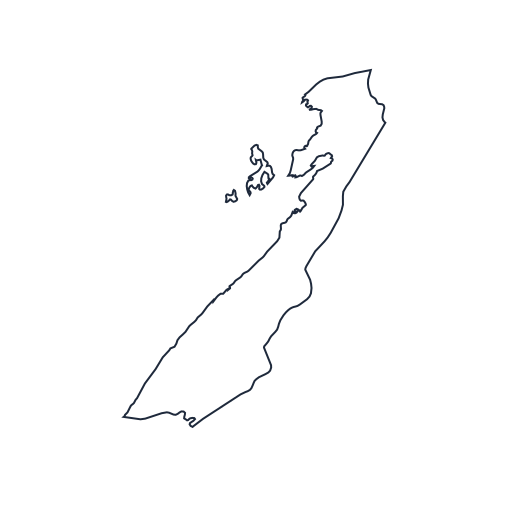 SVG path tracing the border of Semenawi Keyih Bahri, rotated 235°
{"feature_id": "ERI-1562", "entity_name": "Semenawi Keyih Bahri", "entity_type": "Region", "adm_level": 1, "iso_a3": "ERI", "parent_name": "Eritrea", "parent_adm1": "", "projection": "equal_earth", "projection_center": [39.644, 16.17], "detail": "fine", "context": "isolated", "style": "outline", "palette": "slate", "viewbox_px": 512, "rotation_deg": 235, "n_neighbors": 0, "source": "natural_earth", "source_scale": "10m", "svg_char_len": 6149}
<svg xmlns="http://www.w3.org/2000/svg" viewBox="0 0 512 512"><g transform="rotate(235 256 256)"><path d="M168.2,107.9L170.1,107.5L171.5,105.7L171.7,103.6L171.6,101.3L172.0,99.1L173.4,97.5L177.5,94.9L179.1,93.3L181.3,88.6L186.3,72.0L188.5,67.7L200.1,55.3L200.2,56.5L201.0,57.6L201.6,61.0L205.0,67.3L205.3,68.4L205.4,70.6L205.6,71.7L207.0,74.4L207.3,75.0L207.7,76.9L215.3,91.9L220.9,108.8L226.5,121.5L228.5,130.8L229.4,132.9L228.4,137.2L229.9,140.5L232.1,143.4L233.2,146.8L233.7,151.0L234.3,154.7L236.8,161.1L237.1,163.2L237.4,167.6L237.8,169.9L239.1,173.0L239.5,177.5L239.9,179.3L242.6,187.2L244.3,195.7L243.2,195.0L244.8,199.9L245.3,202.3L245.4,205.4L243.9,207.5L245.2,212.5L244.9,215.3L244.3,214.5L244.4,216.2L245.2,216.7L246.1,216.7L246.5,217.1L246.4,220.9L246.5,221.9L247.5,224.7L247.6,226.0L247.5,230.4L247.6,231.7L247.9,232.8L248.6,234.5L248.8,235.8L248.7,237.2L248.2,239.9L248.2,241.4L250.7,255.7L251.0,260.6L251.3,262.2L253.2,267.7L256.0,281.9L257.6,285.7L262.5,289.6L263.2,291.3L263.9,292.0L266.8,293.8L267.6,294.7L267.7,296.1L267.3,297.3L266.8,298.4L266.5,299.6L266.8,300.8L267.9,302.5L268.2,303.3L268.3,306.2L268.8,308.0L271.0,311.2L269.6,311.4L268.6,312.5L268.3,314.0L268.8,315.8L269.1,314.8L269.8,313.7L270.7,313.2L271.5,314.2L271.4,316.3L269.8,317.3L268.0,317.6L267.1,317.6L267.3,318.6L268.8,321.7L269.1,325.4L269.3,326.2L270.5,326.7L272.4,326.9L274.1,326.7L274.9,325.8L275.5,324.5L277.0,324.2L278.6,324.7L279.9,325.4L281.8,328.9L286.1,346.8L286.4,347.2L288.0,348.0L288.3,348.4L288.5,350.3L289.0,352.1L289.7,353.6L290.6,354.7L289.3,360.7L288.9,370.1L289.1,370.6L289.9,371.3L290.1,371.7L290.3,373.4L291.1,374.2L292.2,374.3L293.3,373.5L294.1,375.6L295.1,375.9L296.4,375.4L298.1,375.0L298.7,374.5L299.2,373.2L299.4,371.8L299.2,370.9L298.8,369.9L299.1,369.2L300.1,368.3L301.7,364.7L301.9,362.5L300.2,358.8L299.3,354.4L298.7,352.8L297.6,352.8L296.9,354.5L296.4,355.4L295.7,353.2L295.5,351.0L295.7,345.4L295.6,344.2L295.1,342.1L295.1,340.9L295.2,339.5L295.7,339.1L296.2,338.9L296.7,338.2L297.3,334.5L297.8,333.4L299.0,334.5L299.5,334.5L299.6,333.6L300.1,331.5L300.6,331.5L300.6,332.9L301.5,332.0L302.6,329.6L303.3,328.4L304.5,331.3L306.2,333.5L313.9,341.9L315.1,342.7L317.0,343.2L317.7,343.5L318.5,344.2L319.4,345.2L320.0,346.3L320.3,347.5L320.2,348.7L319.6,350.0L318.1,351.5L317.4,352.5L316.9,353.5L315.7,357.7L316.6,357.6L317.3,357.8L317.8,358.5L317.9,359.6L317.7,360.0L316.9,360.4L316.8,360.7L316.9,361.2L317.3,361.6L317.8,362.8L319.7,364.7L320.2,365.6L320.4,367.0L321.5,369.9L321.8,371.3L321.8,372.5L321.6,373.9L321.5,375.4L321.8,376.6L322.9,376.1L324.0,376.4L324.9,377.3L325.2,378.4L325.4,379.3L326.1,379.6L326.4,380.3L326.3,381.3L325.9,382.9L325.7,383.7L326.6,385.6L328.4,386.9L334.5,389.7L335.8,390.5L336.4,391.2L337.0,393.2L338.2,392.8L340.0,390.8L341.9,389.8L343.2,387.6L344.2,385.1L345.3,383.3L345.2,385.1L345.5,386.6L346.3,387.4L347.6,387.1L348.1,386.1L347.9,384.9L348.0,383.8L349.5,383.3L350.6,383.2L351.5,384.0L351.2,385.2L351.3,385.9L352.9,386.6L353.5,387.8L354.3,387.8L354.8,387.5L355.3,386.9L356.0,385.6L355.6,384.7L355.4,383.8L355.4,381.8L355.8,382.3L356.2,383.5L356.5,384.0L358.8,384.8L359.0,385.7L358.9,387.6L359.3,388.6L359.9,389.1L360.2,389.0L360.2,389.8L360.3,393.2L362.0,403.8L362.2,408.3L361.8,412.4L360.6,416.4L353.3,430.0L349.2,441.8L342.5,456.7L336.2,449.1L333.0,446.6L329.5,444.7L322.1,442.3L320.7,442.3L316.6,443.9L315.5,443.9L311.9,443.1L310.4,443.6L307.9,446.4L306.3,447.0L304.8,446.6L303.5,445.9L299.2,441.0L297.0,439.1L294.5,438.1L291.9,438.2L291.0,438.4L262.9,375.0L261.2,369.9L258.6,364.4L255.2,361.5L248.1,356.6L244.2,352.1L239.5,345.3L232.1,330.4L230.1,325.4L228.7,320.6L225.9,307.2L218.8,291.5L217.6,289.5L216.5,288.5L205.5,286.7L201.7,285.2L197.9,283.1L193.9,279.6L192.1,276.6L191.3,273.0L191.1,264.1L191.3,261.4L191.9,259.5L192.6,257.7L193.0,256.2L193.3,254.0L193.2,251.5L192.7,248.3L191.7,244.6L189.4,239.1L187.3,235.9L185.4,233.7L183.6,231.1L182.8,228.3L181.6,222.4L180.6,220.0L179.0,217.0L178.3,214.8L177.7,212.5L177.3,210.9L176.4,210.0L157.9,205.7L155.9,204.4L154.0,201.8L153.5,199.3L153.8,196.1L155.0,189.0L154.9,185.5L154.5,183.2L153.4,181.3L152.2,179.5L150.4,176.5L149.8,174.3L150.0,171.7L150.6,169.4L151.5,164.0L153.0,119.3L152.5,107.1L152.4,106.0L154.3,105.0L156.2,105.1L157.0,106.1L157.0,108.0L156.9,110.1L157.4,112.5L158.6,112.5L159.9,111.0L160.8,108.9L160.8,107.7L160.5,106.3L160.9,105.3L161.4,105.2L164.2,104.0L165.5,105.1L166.8,106.7L168.2,107.9ZM345.0,313.4L346.2,313.4L346.6,313.7L347.3,318.1L346.8,320.1L345.6,320.9L343.9,319.8L342.6,319.4L338.6,320.7L336.9,320.9L335.2,320.1L332.3,318.3L330.5,317.9L326.4,319.1L325.2,318.8L324.9,318.4L324.0,317.0L323.5,316.4L322.8,318.2L321.8,319.1L320.5,319.3L318.5,318.8L315.2,317.1L313.6,316.7L311.8,317.2L310.6,315.0L308.4,306.7L309.3,306.8L309.9,307.0L310.0,307.5L309.5,308.2L310.2,308.7L310.7,309.4L311.0,310.2L311.2,311.2L311.8,311.2L312.5,310.8L313.6,311.4L314.8,312.2L315.7,312.7L316.7,312.6L320.1,311.2L318.6,307.7L316.6,304.9L314.2,303.0L311.5,302.2L308.8,303.0L307.8,302.6L307.3,300.7L307.4,298.5L308.1,297.3L309.2,297.1L311.6,299.2L312.7,299.3L313.0,298.4L312.0,296.5L311.5,294.3L313.1,293.3L315.2,293.0L316.2,293.1L316.5,291.8L316.0,290.1L315.1,288.5L314.2,287.9L311.4,288.1L310.5,287.6L309.5,285.7L312.5,286.0L315.6,287.0L318.6,288.5L320.9,290.5L322.1,292.9L321.7,294.5L320.8,295.7L320.7,296.9L321.3,297.7L322.1,297.7L323.5,296.9L323.0,295.7L322.9,295.0L323.8,294.7L324.6,295.3L324.8,296.9L324.3,305.7L324.6,307.4L325.1,309.0L326.6,312.2L326.8,313.0L327.6,313.1L332.4,314.9L333.7,311.9L334.1,311.2L334.8,311.0L332.1,309.8L331.3,308.6L332.0,307.3L333.4,306.7L335.2,306.6L336.9,306.7L337.8,307.0L338.6,307.3L339.2,307.7L339.7,308.2L340.0,309.1L340.1,310.0L340.4,310.9L341.1,311.2L342.2,311.6L343.9,313.0L345.0,313.4ZM321.2,268.9L320.0,270.4L319.8,272.0L320.3,272.7L321.0,273.1L321.6,273.9L322.4,274.6L322.8,275.7L321.4,276.2L319.0,275.2L317.0,273.7L313.5,273.3L312.7,272.2L312.7,270.4L313.3,268.7L314.8,268.0L316.6,267.8L317.3,267.2L317.0,266.2L316.9,265.2L316.8,264.0L317.0,262.8L317.6,262.4L319.6,264.5L320.2,264.9L321.0,265.2L322.5,266.0L323.1,267.3L322.6,268.3L321.2,268.9Z" fill="none" stroke="#1e293b" stroke-width="2"/></g></svg>